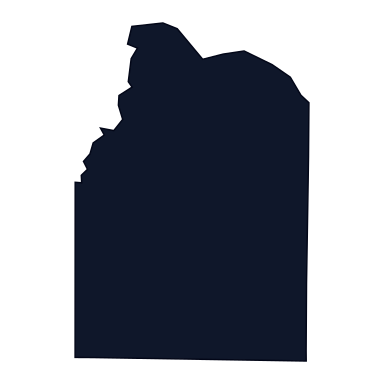 Lawrence, Alabama, United States of America
{"feature_id": "52423323B9408482102272", "entity_name": "Lawrence", "entity_type": "district", "adm_level": 2, "iso_a3": "USA", "parent_name": "United States of America", "parent_adm1": "Alabama", "projection": "mercator", "projection_center": [-87.362, 34.552], "detail": "fine", "context": "isolated", "style": "filled", "palette": "ink", "viewbox_px": 384, "rotation_deg": 0, "n_neighbors": 0, "source": "geoboundaries", "source_scale": "gbopen_adm2", "svg_char_len": 539}
<svg xmlns="http://www.w3.org/2000/svg" viewBox="0 0 384 384"><path d="M75.1,357.4L92.5,357.5L306.2,361.0L306.1,351.3L306.5,283.3L308.2,177.4L308.5,156.5L308.9,102.7L300.9,95.2L290.3,77.2L272.2,64.7L244.1,51.0L223.2,54.1L202.7,59.3L177.2,28.7L162.9,23.0L131.9,26.4L127.6,44.1L137.5,48.1L131.2,58.6L128.3,81.7L132.1,87.1L119.0,95.5L118.4,105.2L122.7,119.4L113.8,130.6L100.5,128.1L104.3,135.0L93.2,142.9L90.0,153.9L83.5,161.4L87.5,169.3L81.3,175.3L81.7,182.8L75.2,182.3L75.1,357.4Z" fill="#0f172a" stroke="#020617" stroke-width="1.5"/></svg>